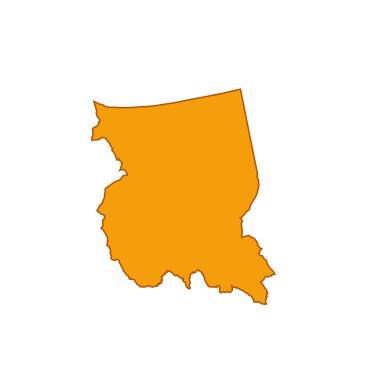 Lambayeque, Lambayeque, Peru (Natural Earth projection), rotated 138°
{"feature_id": "86281439B97940066257739", "entity_name": "Lambayeque", "entity_type": "district", "adm_level": 2, "iso_a3": "PER", "parent_name": "Peru", "parent_adm1": "Lambayeque", "projection": "natural_earth1", "projection_center": [-79.825, -6.15], "detail": "fine", "context": "isolated", "style": "filled", "palette": "amber", "viewbox_px": 384, "rotation_deg": 138, "n_neighbors": 0, "source": "geoboundaries", "source_scale": "gbopen_adm2", "svg_char_len": 6060}
<svg xmlns="http://www.w3.org/2000/svg" viewBox="0 0 384 384"><g transform="rotate(138 192 192)"><path d="M231.9,297.0L230.1,296.6L227.7,294.5L227.1,293.6L225.8,293.4L224.5,292.8L222.7,293.4L221.6,291.5L220.0,289.8L220.6,289.1L220.4,288.5L220.4,287.1L220.9,285.2L220.5,283.1L220.8,282.6L221.3,282.2L221.6,279.8L222.3,276.9L222.9,277.0L223.6,276.6L223.6,273.3L223.8,272.1L224.5,270.8L224.4,270.0L225.6,268.2L226.3,266.2L226.3,265.8L225.6,265.4L224.7,265.3L224.3,265.5L224.6,264.6L224.6,260.8L225.4,259.7L226.8,258.5L227.3,258.2L228.2,258.2L228.8,257.9L229.9,256.7L230.6,256.7L231.0,256.5L229.8,256.3L229.5,255.4L228.6,255.0L227.8,254.2L227.2,251.2L228.1,249.5L228.2,248.4L228.7,247.9L229.1,248.1L230.4,249.1L232.4,250.2L236.2,249.4L237.7,249.4L238.3,249.5L239.3,250.1L242.3,251.0L246.2,251.7L248.1,251.7L249.1,252.2L250.8,252.1L251.3,252.3L252.3,252.2L254.0,252.5L255.0,252.0L256.8,249.7L258.0,249.1L258.9,248.2L260.0,247.4L260.9,246.3L262.5,245.7L263.0,245.3L263.4,245.5L263.9,245.3L265.0,244.3L265.7,244.3L266.0,243.9L266.6,243.6L267.3,243.8L268.0,243.5L268.5,243.9L269.3,243.4L271.6,243.1L273.3,242.1L274.2,242.1L275.2,241.5L274.9,239.3L274.3,238.1L274.6,237.5L274.2,235.8L273.1,234.7L273.1,233.9L272.6,233.2L272.7,232.7L273.5,232.0L274.1,231.8L274.3,231.3L274.9,231.0L276.6,230.6L277.4,231.0L277.6,230.3L278.6,229.2L279.4,228.7L280.0,227.4L281.3,226.3L282.2,226.0L282.7,226.3L283.8,225.9L283.9,225.6L283.7,224.3L283.1,222.9L283.6,222.2L284.0,220.3L283.9,219.1L284.6,218.0L284.9,215.5L285.3,214.6L286.1,214.0L287.4,211.9L287.9,211.9L289.3,210.3L290.8,209.8L290.9,208.6L290.1,206.9L290.4,206.5L291.0,206.1L290.8,205.2L291.0,204.2L291.3,203.9L291.6,202.9L293.3,201.9L294.7,198.5L295.6,197.6L296.3,197.3L296.8,196.6L296.5,195.2L295.5,193.2L294.0,192.3L292.6,191.8L291.8,190.0L293.1,188.2L293.8,185.5L294.0,185.0L294.5,182.3L294.9,181.7L295.1,179.7L296.0,179.0L295.6,176.5L295.9,175.8L296.0,174.9L295.8,174.4L296.1,173.3L295.5,172.1L295.8,171.3L296.3,170.5L296.6,168.9L295.8,168.1L295.2,168.2L294.9,167.2L293.6,165.2L293.6,164.6L294.2,163.4L294.1,162.4L294.5,161.1L294.2,158.4L293.7,156.8L294.0,156.2L293.5,156.0L291.1,153.3L286.5,151.2L285.8,148.8L285.5,148.5L285.2,147.9L281.9,146.4L281.6,145.8L280.3,145.3L280.0,145.9L279.4,145.6L278.5,145.8L278.2,145.5L277.7,146.5L277.1,146.3L277.0,145.9L277.1,145.6L276.6,144.9L275.3,144.9L274.5,145.9L274.6,146.4L273.7,146.8L273.6,146.4L273.2,146.3L273.1,147.4L272.6,147.3L272.2,148.2L271.5,148.4L271.2,148.8L271.1,149.7L270.8,149.9L270.6,149.9L270.2,149.4L269.1,149.0L267.7,149.8L266.9,149.5L266.8,149.0L266.5,149.3L266.1,149.3L265.7,149.7L265.1,149.9L264.0,149.0L263.6,149.0L263.3,149.1L263.0,150.0L262.7,150.1L262.7,149.6L261.0,147.0L261.1,146.3L261.3,145.8L261.0,145.4L260.6,144.3L260.7,143.2L260.9,142.8L260.7,141.4L259.9,140.5L258.4,139.9L258.6,139.3L258.6,137.6L258.3,137.3L257.9,136.2L257.8,135.0L257.4,134.1L256.5,134.2L256.5,133.5L256.8,133.2L256.9,132.8L257.8,132.9L258.0,132.7L258.1,130.4L258.0,129.7L257.5,129.3L257.4,128.4L258.8,127.1L259.0,126.7L259.0,126.1L259.3,125.2L259.4,124.4L259.3,122.6L259.1,122.0L258.5,122.0L258.0,121.7L257.6,121.7L257.4,122.0L257.4,123.3L256.9,124.2L256.1,124.8L254.1,125.6L253.4,127.2L252.8,127.9L252.3,129.2L251.8,129.5L251.0,129.5L248.8,131.7L247.8,132.0L246.8,131.8L246.1,131.7L245.4,131.0L244.4,131.5L244.3,130.6L243.4,129.9L240.5,130.2L239.5,130.0L239.1,128.7L239.3,127.8L238.6,126.2L238.7,125.1L239.1,124.7L239.3,124.2L239.0,123.6L239.2,122.8L239.1,122.4L240.1,121.4L239.9,120.0L241.2,118.7L241.4,117.2L241.8,116.4L242.2,114.5L242.8,112.7L242.4,112.3L242.4,111.9L242.9,111.3L243.0,110.9L242.4,109.9L240.8,108.3L239.8,107.1L238.3,106.4L238.3,105.3L237.6,104.6L237.1,104.5L235.8,105.0L234.5,104.3L234.8,103.4L235.7,101.9L236.5,100.9L237.2,100.7L238.0,99.8L238.3,99.1L238.2,98.1L237.9,97.7L237.6,97.8L236.4,97.3L235.3,96.5L234.8,95.4L233.8,94.5L232.2,94.3L231.1,92.1L230.4,91.8L227.8,92.0L226.1,93.9L226.1,94.6L225.4,95.6L225.0,93.9L224.4,93.4L224.0,91.8L223.6,91.5L223.0,91.7L222.7,90.3L222.3,89.8L222.1,88.9L221.7,88.4L221.0,86.3L219.7,83.5L219.5,82.4L219.7,81.8L219.4,81.0L218.8,80.3L218.4,77.9L218.7,77.1L218.3,76.2L217.7,75.5L217.6,74.4L218.0,73.3L217.7,72.6L218.2,71.6L218.1,71.2L218.7,70.7L219.5,69.0L218.0,67.2L216.9,66.8L216.3,65.7L215.4,64.8L215.2,62.8L214.6,61.8L212.4,59.4L211.9,59.0L211.3,59.2L211.4,60.0L211.1,61.1L210.8,61.6L210.3,61.7L208.7,62.7L208.0,63.2L207.6,64.0L206.6,64.2L206.0,64.0L205.8,65.1L205.0,66.2L204.4,66.2L203.7,65.9L203.3,67.1L202.6,68.3L202.0,71.1L202.1,72.2L201.7,73.5L201.4,76.2L201.1,77.1L201.2,79.1L200.1,78.8L199.8,79.0L197.9,78.8L194.3,79.9L193.6,79.4L193.3,79.5L192.7,78.4L191.7,77.8L189.1,76.7L187.6,76.7L185.4,75.5L184.7,78.3L184.7,80.1L184.9,81.5L184.7,82.7L185.0,84.4L184.6,86.0L184.7,86.4L182.9,90.5L182.5,91.9L182.8,93.1L183.1,93.9L182.8,96.3L182.3,97.3L183.3,98.4L184.0,99.5L183.1,102.3L182.3,102.2L179.1,103.2L178.2,103.1L178.4,103.6L178.4,104.4L179.1,105.2L178.9,105.9L178.9,107.9L178.5,108.8L177.6,109.8L177.3,111.3L177.4,112.1L177.1,112.7L177.1,113.7L176.8,114.8L176.9,116.0L178.2,119.1L178.7,121.5L181.1,123.1L185.4,124.7L184.6,126.2L183.3,126.7L182.5,127.9L181.6,128.7L181.3,129.3L180.8,129.5L179.1,131.6L178.6,132.9L178.1,133.2L177.8,133.9L177.2,134.5L176.3,135.8L175.4,136.0L174.8,136.5L173.9,136.8L173.3,139.4L173.3,140.6L172.1,140.0L170.4,140.0L165.9,140.8L160.9,140.7L160.4,140.9L159.4,141.9L157.3,143.1L146.8,146.3L144.5,147.5L139.5,150.9L137.2,153.0L136.0,154.7L134.5,156.5L133.7,159.5L132.2,161.0L131.4,161.5L130.1,163.5L108.4,200.3L87.2,236.0L104.9,245.8L132.0,262.2L144.6,269.6L164.1,282.4L183.3,297.6L189.7,303.4L192.7,306.7L194.5,308.1L196.9,310.4L198.3,312.0L199.1,313.6L200.2,316.9L200.7,317.7L202.0,319.2L202.6,321.2L204.3,325.0L208.6,316.0L210.3,314.9L210.8,313.8L211.5,312.8L212.1,310.2L211.9,308.1L212.3,307.7L212.7,306.8L214.4,306.6L214.7,306.2L214.7,305.7L215.1,305.8L215.4,305.6L215.4,305.4L216.1,305.2L216.5,304.8L217.2,304.8L217.5,304.6L219.2,304.6L219.7,304.7L220.5,305.3L220.8,305.2L223.4,305.7L228.0,299.9L230.3,299.5L231.9,297.0Z" fill="#f59e0b" stroke="#b45309" stroke-width="1.5"/></g></svg>